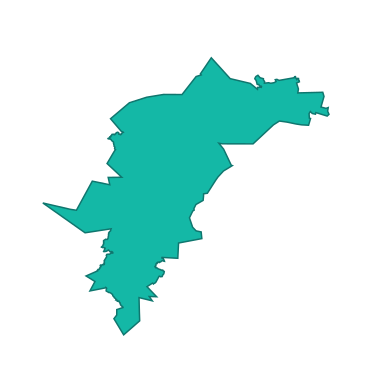 the district of Coneto de Comonfort, Durango, Mexico, rotated 260°
{"feature_id": "50627088B46470602439176", "entity_name": "Coneto de Comonfort", "entity_type": "district", "adm_level": 2, "iso_a3": "MEX", "parent_name": "Mexico", "parent_adm1": "Durango", "projection": "robinson", "projection_center": [-104.882, 25.009], "detail": "fine", "context": "isolated", "style": "filled", "palette": "teal", "viewbox_px": 384, "rotation_deg": 260, "n_neighbors": 0, "source": "geoboundaries", "source_scale": "gbopen_adm2", "svg_char_len": 5754}
<svg xmlns="http://www.w3.org/2000/svg" viewBox="0 0 384 384"><g transform="rotate(260 192 192)"><path d="M244.0,283.9L246.7,290.4L244.3,297.8L240.9,306.3L239.1,311.6L237.5,318.4L243.8,321.5L244.3,320.4L248.9,320.9L250.7,322.5L248.4,324.1L247.2,327.1L248.7,327.8L243.3,338.3L244.7,340.4L248.0,339.6L251.5,340.8L251.1,338.5L253.3,333.8L263.2,338.6L267.5,338.1L271.2,313.4L275.0,314.7L281.2,313.9L281.9,316.9L283.0,316.9L283.4,316.5L285.3,316.6L285.6,315.5L285.3,315.3L284.6,314.7L286.0,314.1L287.7,313.9L287.8,313.6L287.7,313.1L286.8,313.2L286.8,297.1L288.2,295.2L288.2,293.5L286.2,294.0L285.4,291.8L285.4,288.6L285.7,287.6L286.3,286.6L286.6,282.2L288.1,282.7L290.0,281.8L291.2,282.0L292.7,278.9L295.5,277.2L294.7,275.1L293.9,274.3L292.6,273.5L290.8,274.5L286.7,274.9L286.4,275.6L286.4,276.2L286.3,276.5L285.3,276.7L284.7,277.2L284.4,278.0L284.1,277.6L283.6,278.7L283.0,278.4L283.2,278.0L283.4,277.8L283.3,277.5L283.6,274.8L281.8,274.3L288.8,268.3L297.0,249.3L320.8,234.3L306.9,220.8L305.7,221.4L305.0,216.1L289.7,199.1L293.0,181.0L293.2,163.8L290.8,145.9L278.3,124.5L264.0,132.9L263.9,133.1L263.6,133.5L263.5,133.9L263.0,134.5L262.7,134.7L262.6,134.2L262.3,133.6L262.2,133.3L261.6,132.5L261.4,132.6L261.1,132.3L260.8,131.8L260.9,131.3L261.4,131.1L261.5,131.0L261.5,130.7L261.6,130.3L261.6,130.1L261.7,129.9L262.4,130.1L263.2,130.0L263.4,129.6L263.6,129.5L263.8,129.0L263.6,128.0L263.4,128.1L262.3,126.3L261.9,126.0L261.9,125.8L261.9,125.6L262.2,125.5L262.5,125.3L262.5,124.9L262.3,124.7L262.5,124.2L262.5,123.9L262.7,123.4L262.1,122.7L261.6,122.5L261.5,122.1L261.3,122.1L261.2,121.7L260.6,121.6L260.6,120.9L260.6,120.7L259.4,120.9L259.9,120.6L259.9,120.4L259.7,119.8L259.6,120.1L259.4,120.1L259.3,119.5L259.3,118.7L259.2,118.6L258.9,118.7L258.7,119.3L258.7,119.6L258.5,120.3L258.3,120.4L258.2,120.5L258.3,120.8L257.6,121.5L256.7,121.7L256.3,122.1L256.1,122.2L255.1,123.2L254.6,123.4L254.2,123.2L253.8,123.1L253.2,123.3L252.3,123.2L251.7,123.4L250.6,123.2L249.5,123.9L248.3,123.3L247.5,123.5L247.1,124.0L245.1,122.1L234.8,113.3L218.7,125.4L220.9,112.0L213.4,112.3L220.0,95.7L194.1,75.0L196.1,69.1L207.1,43.2L170.4,79.6L169.8,105.9L169.2,105.5L168.6,105.4L168.3,105.1L168.0,105.1L167.7,104.9L167.2,103.8L167.0,103.6L166.4,103.4L166.3,103.0L166.2,102.8L165.6,102.7L165.3,102.8L164.9,102.6L164.8,102.4L164.1,102.3L163.3,102.1L163.1,102.1L162.5,101.7L161.3,101.4L160.7,101.1L160.5,100.8L160.2,100.6L160.0,100.3L160.2,99.5L160.5,98.7L160.4,98.5L160.1,98.2L160.0,97.8L160.0,97.6L159.8,97.3L159.7,96.9L159.5,96.5L159.1,96.3L158.9,96.3L158.5,96.5L158.1,96.3L157.7,96.4L157.4,96.1L157.1,96.0L156.9,96.1L156.6,96.0L156.3,96.1L155.6,95.5L155.4,95.2L154.9,95.1L154.6,94.9L154.5,94.7L154.0,94.0L153.5,93.2L153.4,93.2L153.4,93.6L153.1,93.9L152.7,94.4L152.8,95.1L152.6,95.3L152.3,96.0L152.0,96.0L151.6,96.3L151.6,96.6L151.4,96.5L151.3,96.3L151.1,96.3L150.2,95.6L149.4,95.3L148.9,94.6L148.7,94.7L148.6,94.8L148.7,95.2L148.5,95.4L148.5,96.3L148.4,96.7L148.4,96.8L148.7,97.1L148.5,97.8L149.0,98.5L149.4,99.7L149.4,99.8L148.7,100.0L148.2,100.5L147.3,100.9L147.1,101.4L147.3,102.0L147.3,102.7L146.9,103.1L146.5,103.4L145.9,103.5L145.7,103.5L145.6,103.1L145.8,102.1L145.8,101.7L145.0,99.8L145.3,98.9L145.4,97.6L145.3,97.2L145.1,97.0L144.4,96.6L144.1,96.8L143.5,96.7L142.7,96.5L142.5,96.3L142.2,95.9L140.5,94.4L140.2,94.1L139.9,94.1L139.5,93.5L138.5,93.6L138.1,93.4L137.7,93.5L137.6,93.4L137.3,93.0L137.1,92.9L136.5,93.3L136.0,93.1L135.7,92.4L136.1,91.8L136.1,91.4L135.8,91.0L135.8,90.7L135.7,90.4L135.4,90.2L135.3,89.9L135.4,89.6L135.9,89.7L136.0,89.6L135.7,88.9L135.3,89.0L134.9,89.1L134.5,89.0L134.2,89.2L133.9,88.5L133.5,88.3L133.2,87.9L132.7,87.9L132.4,87.4L132.0,87.2L131.9,86.9L132.0,86.3L131.7,86.0L131.9,85.9L131.5,85.4L131.1,85.0L130.7,85.2L127.7,73.1L120.7,80.9L112.3,74.3L112.6,90.0L113.1,90.3L112.6,91.0L111.9,91.2L110.3,90.4L109.4,90.3L107.4,92.7L107.2,93.7L106.5,94.5L105.3,95.5L105.0,95.9L104.2,96.0L103.6,96.0L102.3,96.8L101.9,97.2L101.4,97.1L101.2,97.2L100.6,98.0L100.4,98.1L100.2,98.3L99.6,98.3L99.0,99.0L98.9,99.0L98.7,98.6L98.4,99.3L98.0,99.8L97.7,99.8L97.6,99.5L97.6,99.4L97.4,99.4L97.3,99.6L97.5,100.2L97.2,101.0L96.9,100.8L96.4,101.3L96.0,101.5L95.7,101.5L95.3,102.0L94.9,102.0L94.6,101.8L94.3,101.9L93.9,102.0L93.7,102.2L93.3,102.0L92.2,102.7L92.0,103.1L91.5,103.2L91.0,103.8L90.8,103.7L90.2,103.9L89.3,97.5L83.9,96.5L80.8,93.1L63.2,99.9L74.2,118.1L83.4,119.4L97.2,121.5L91.7,134.0L96.5,131.7L95.0,139.0L106.6,131.2L109.1,137.3L108.1,138.1L108.5,138.5L108.7,139.6L108.9,139.9L109.5,140.8L114.7,144.9L114.8,145.1L114.8,145.3L113.9,146.5L113.9,146.8L114.0,147.4L113.9,147.9L114.4,148.3L114.9,148.5L115.1,148.7L115.4,148.8L116.3,150.0L117.5,150.5L118.4,150.9L118.8,150.7L119.0,150.2L119.3,149.9L119.5,150.0L120.2,149.6L120.1,149.2L120.3,148.2L120.7,148.0L120.7,147.8L120.9,147.6L121.2,147.3L121.4,146.7L121.8,146.1L122.0,145.7L122.3,145.2L123.0,144.8L123.4,144.0L123.6,143.8L123.5,143.4L123.8,143.0L124.2,143.0L124.5,142.7L124.9,142.6L124.9,142.9L125.0,143.1L125.3,143.5L125.9,143.4L125.9,143.6L126.4,143.9L126.9,143.9L127.2,144.1L127.6,144.2L127.8,144.6L127.7,145.0L128.0,145.1L127.8,145.3L128.7,145.9L128.9,146.4L128.8,147.0L128.3,147.3L128.6,147.6L128.5,147.8L128.7,148.0L128.5,148.3L128.7,149.2L129.2,149.9L129.6,150.8L129.2,151.4L129.0,151.7L128.9,152.0L128.5,152.9L128.8,152.9L129.1,152.6L129.8,152.7L130.2,152.4L130.8,152.3L131.2,152.2L131.9,151.3L132.1,150.9L132.4,150.9L132.8,151.1L129.2,166.5L144.1,169.9L144.4,193.6L151.1,194.1L153.0,189.3L157.2,186.5L167.0,185.0L173.1,189.4L173.8,191.0L175.2,190.9L179.0,193.7L181.8,201.5L185.7,202.6L188.2,203.1L188.1,206.9L199.5,217.4L202.3,220.2L207.2,226.6L211.0,236.3L211.6,235.3L228.7,230.6L235.4,226.9L234.2,230.2L228.8,260.5L244.0,283.9Z" fill="#14b8a6" stroke="#0f766e" stroke-width="1.5"/></g></svg>